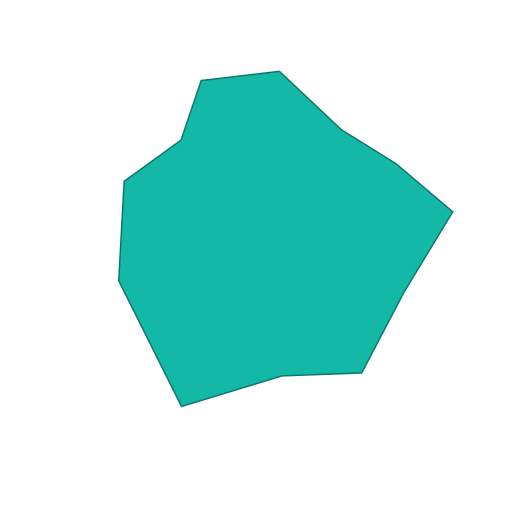 outline of Békéscsaba, rotated 221°
{"feature_id": "HUN-4919", "entity_name": "Békéscsaba", "entity_type": "Urban county", "adm_level": 1, "iso_a3": "HUN", "parent_name": "Hungary", "parent_adm1": "", "projection": "equal_earth", "projection_center": [21.092, 46.759], "detail": "fine", "context": "isolated", "style": "filled", "palette": "teal", "viewbox_px": 512, "rotation_deg": 221, "n_neighbors": 0, "source": "natural_earth", "source_scale": "10m", "svg_char_len": 324}
<svg xmlns="http://www.w3.org/2000/svg" viewBox="0 0 512 512"><g transform="rotate(221 256 256)"><path d="M213.5,93.6L343.4,147.3L404.5,225.9L388.6,294.3L412.5,352.5L359.5,410.7L274.5,407.3L210.8,417.5L136.5,418.4L120.6,326.0L99.5,237.1L157.9,182.4L213.5,93.6Z" fill="#14b8a6" stroke="#0f766e" stroke-width="1.5"/></g></svg>